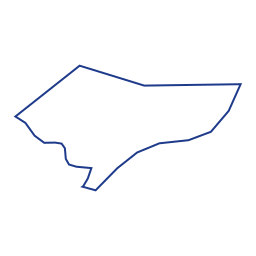 the border of Olongapo
{"feature_id": "PHL-5540", "entity_name": "Olongapo", "entity_type": "Highly Urbanized City", "adm_level": 1, "iso_a3": "PHL", "parent_name": "Philippines", "parent_adm1": "", "projection": "mercator", "projection_center": [120.303, 14.868], "detail": "fine", "context": "isolated", "style": "outline", "palette": "blue", "viewbox_px": 256, "rotation_deg": 0, "n_neighbors": 0, "source": "natural_earth", "source_scale": "10m", "svg_char_len": 407}
<svg xmlns="http://www.w3.org/2000/svg" viewBox="0 0 256 256"><path d="M82.5,186.7L83.3,186.1L87.8,178.5L91.4,168.1L76.3,166.7L69.0,164.5L65.8,158.9L64.9,148.3L61.6,143.6L55.1,142.6L44.2,142.8L34.6,135.7L25.4,122.9L15.4,116.5L79.6,65.7L144.2,85.6L240.6,84.2L228.7,110.9L210.9,131.8L188.5,140.2L159.4,143.3L137.1,152.5L117.3,168.2L95.6,190.3L82.5,186.7Z" fill="none" stroke="#1e3a8a" stroke-width="2"/></svg>